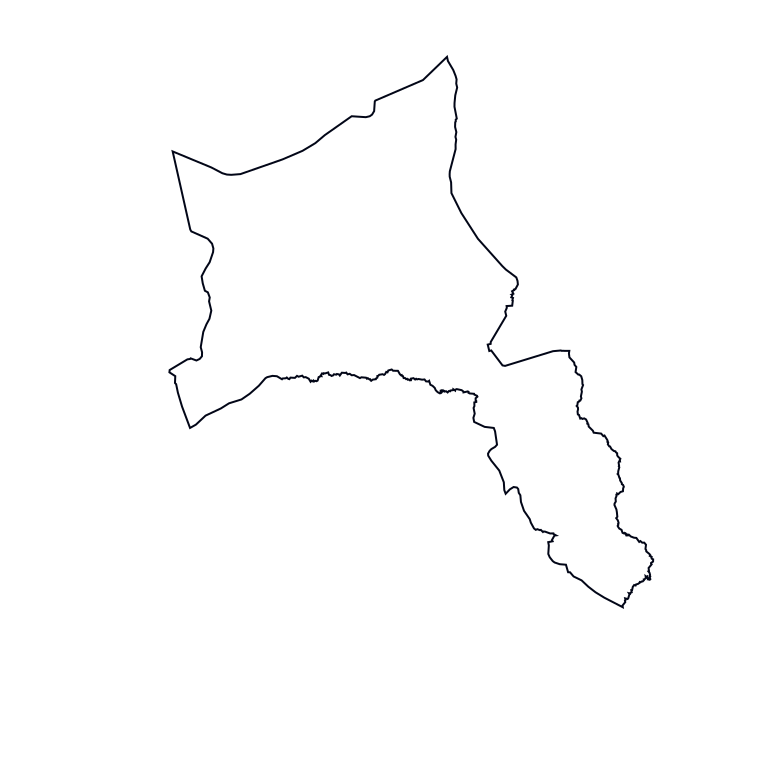 outline of Huai Mek, Kalasin, Thailand, rotated 161°
{"feature_id": "78962969B62836080496995", "entity_name": "Huai Mek", "entity_type": "district", "adm_level": 2, "iso_a3": "THA", "parent_name": "Thailand", "parent_adm1": "Kalasin", "projection": "natural_earth1", "projection_center": [103.224, 16.629], "detail": "fine", "context": "isolated", "style": "outline", "palette": "ink", "viewbox_px": 768, "rotation_deg": 161, "n_neighbors": 0, "source": "geoboundaries", "source_scale": "gbopen_adm2", "svg_char_len": 6163}
<svg xmlns="http://www.w3.org/2000/svg" viewBox="0 0 768 768"><g transform="rotate(161 384 384)"><path d="M217.9,672.8L248.2,658.7L299.9,654.8L300.7,654.2L304.5,645.2L307.6,642.6L310.3,641.8L314.3,642.2L327.4,647.7L358.9,638.6L370.5,634.1L385.1,631.0L406.8,629.4L451.4,629.2L460.3,631.5L464.4,633.2L468.2,635.9L476.7,644.9L508.1,672.7L516.9,593.1L516.5,591.0L503.4,578.8L500.9,572.6L501.2,567.7L502.7,564.3L509.2,555.9L515.0,551.3L521.4,545.2L522.6,538.2L523.0,530.5L520.7,528.0L520.6,522.5L522.5,519.1L523.4,509.6L527.8,502.5L532.5,498.2L537.9,492.1L545.3,478.5L545.7,473.2L547.1,469.5L550.1,467.7L553.7,467.3L558.5,471.2L559.2,470.8L561.9,471.3L582.1,467.0L583.1,464.9L578.8,459.4L581.3,453.0L580.6,451.5L581.7,442.9L582.3,428.5L581.7,405.6L575.1,406.8L563.0,412.2L546.2,414.0L536.8,416.2L523.8,415.8L514.1,418.5L502.9,423.1L494.2,428.1L492.2,428.5L486.8,428.0L482.7,426.2L478.9,421.7L478.0,422.2L475.0,421.4L473.8,421.8L472.8,420.0L471.9,419.4L470.4,420.5L466.2,418.8L463.6,420.0L462.4,418.7L458.6,418.5L457.7,416.4L455.8,416.0L453.4,413.5L452.7,410.1L451.6,410.8L451.0,409.9L449.6,410.3L449.4,409.1L448.0,409.4L446.8,408.6L445.6,408.9L443.5,411.8L442.5,411.7L441.6,412.3L440.6,411.8L440.6,413.0L439.1,414.2L438.0,413.3L437.5,413.8L436.3,413.2L433.0,413.1L433.0,410.6L431.6,409.7L431.0,408.7L429.3,408.7L428.2,409.5L426.1,408.4L425.3,408.8L423.4,407.7L423.0,406.4L420.2,408.4L416.9,407.0L416.0,407.1L415.3,405.0L413.1,404.8L411.7,402.8L409.4,402.2L404.8,397.4L403.2,397.7L398.9,395.8L398.4,394.5L397.4,394.8L396.5,393.4L395.5,393.0L395.6,392.0L395.1,391.2L393.2,391.8L390.2,391.2L390.0,391.7L388.2,392.2L387.7,393.7L386.8,393.6L385.5,394.3L382.1,393.7L381.0,392.6L379.8,393.0L377.9,394.7L376.9,393.9L375.5,395.4L372.0,395.2L371.1,393.6L366.5,391.9L365.8,388.1L365.0,386.6L364.3,386.7L364.1,385.5L363.5,385.2L363.5,383.2L362.2,382.8L361.5,381.4L360.5,381.4L360.1,380.3L359.1,380.3L358.5,379.1L357.3,378.8L356.7,380.3L354.2,379.9L353.1,378.1L351.9,378.5L351.2,377.6L349.7,377.5L346.6,375.7L344.2,375.1L343.4,372.8L341.3,371.9L340.3,372.3L340.4,368.2L338.7,366.5L337.3,363.8L337.1,361.2L335.9,358.8L334.3,357.0L333.5,356.9L332.6,359.3L331.4,359.3L331.0,359.0L331.2,358.0L330.3,358.6L330.1,357.8L329.3,357.8L329.1,357.1L327.7,357.0L326.6,355.3L325.0,356.2L323.8,355.6L323.3,356.2L320.6,355.7L320.2,356.5L318.9,354.7L318.6,355.4L316.9,355.5L312.6,352.9L311.4,351.1L311.6,350.2L307.2,349.7L306.6,349.0L307.0,348.2L306.1,347.2L302.0,345.4L302.0,344.5L299.9,342.6L299.8,341.6L302.0,340.7L302.7,338.6L302.3,338.0L302.6,337.0L304.6,337.2L305.7,333.7L307.1,332.2L307.9,326.4L310.5,322.9L311.1,318.8L302.8,310.7L294.5,306.7L294.4,303.1L296.9,289.8L299.4,288.4L303.7,287.5L305.9,286.4L308.3,284.3L308.8,282.3L307.5,276.6L303.2,264.6L302.7,252.1L304.8,244.5L304.7,240.6L299.3,243.4L295.0,244.4L292.0,242.8L291.3,241.0L292.0,237.2L291.3,234.4L292.9,227.9L292.9,218.5L290.2,208.8L290.3,205.1L289.2,198.6L288.0,196.7L286.3,196.8L284.2,195.1L283.2,195.0L281.9,192.3L281.2,192.6L279.8,192.0L275.6,188.6L272.5,187.6L272.6,187.0L270.7,184.9L272.2,185.2L276.0,181.8L275.8,180.4L280.2,181.0L280.7,177.7L284.0,169.8L283.7,166.2L282.1,161.6L280.8,159.7L276.5,156.4L270.8,153.9L271.2,146.1L269.4,145.4L267.4,140.3L261.1,134.0L256.8,125.8L251.8,118.2L245.3,110.3L230.9,95.2L230.6,96.9L226.9,99.2L226.7,100.8L226.0,101.1L225.8,102.8L223.7,101.4L222.9,101.8L220.3,105.4L220.5,106.3L219.5,105.6L219.1,106.3L217.6,106.4L217.3,108.6L216.5,108.4L214.8,111.2L212.9,112.5L211.7,111.6L211.0,112.4L208.9,112.3L207.4,112.7L206.6,113.5L206.0,113.0L204.8,113.4L203.7,113.1L202.2,113.8L202.0,114.6L201.4,114.4L199.8,115.3L199.7,114.4L199.2,117.1L198.7,116.3L198.0,116.4L198.3,115.5L197.6,114.7L197.9,113.9L196.9,114.1L197.3,112.9L196.5,112.4L195.7,112.8L195.9,114.3L195.0,115.2L195.5,116.0L194.6,116.7L194.4,119.0L195.0,120.7L194.4,120.7L193.7,123.9L189.7,126.3L190.0,127.2L189.7,127.9L187.4,128.5L186.6,130.6L187.7,131.6L187.7,132.7L187.2,133.3L188.6,134.9L187.9,135.4L188.4,136.9L190.5,140.3L190.2,141.6L190.5,142.9L188.6,146.7L189.6,149.3L191.5,149.9L192.7,152.0L194.1,151.6L195.5,156.3L197.7,157.3L200.3,159.5L201.6,161.9L202.5,162.0L203.4,162.9L203.8,162.6L203.5,161.7L204.2,161.9L204.3,164.3L205.0,164.3L205.3,164.9L205.8,164.6L206.9,165.6L206.9,168.8L208.6,170.7L209.3,173.3L209.2,173.9L208.3,174.5L208.3,175.5L207.4,176.2L207.3,179.0L208.1,181.6L206.6,182.5L205.5,187.2L205.1,189.7L205.5,194.6L204.9,195.9L203.1,197.4L202.3,200.5L200.7,202.3L200.3,203.7L199.5,203.6L199.2,204.5L198.3,203.6L195.5,204.9L193.0,204.8L191.8,207.6L190.7,208.7L190.8,210.7L191.7,211.8L191.4,212.9L192.1,215.9L191.6,218.1L192.0,218.6L191.9,221.6L192.4,222.8L191.8,223.0L190.9,225.3L188.6,228.7L188.8,229.8L188.3,230.3L187.8,233.3L186.7,234.4L186.0,234.0L185.6,235.8L184.9,236.3L186.5,239.4L186.7,240.8L186.1,242.6L187.0,244.0L187.1,245.0L188.5,245.9L190.1,248.4L190.6,251.3L191.3,251.7L192.0,254.1L191.1,255.6L191.6,256.5L191.1,256.8L191.1,258.4L192.3,263.5L193.6,263.3L194.8,266.4L201.6,269.7L201.7,271.8L204.3,277.1L203.9,279.4L204.7,280.3L204.1,281.1L204.5,284.7L205.9,286.3L207.8,286.4L208.4,287.4L209.7,287.4L209.7,291.3L210.6,292.1L210.0,294.9L208.7,297.0L208.3,298.7L209.0,300.5L208.1,301.0L206.7,303.7L205.3,303.9L204.6,304.7L203.8,304.4L202.0,306.2L201.9,308.1L199.4,312.3L199.1,314.6L196.1,318.2L196.4,319.3L195.2,323.2L195.0,327.1L196.3,329.3L197.2,329.6L199.0,332.9L196.6,337.5L197.6,340.1L197.2,342.4L200.0,348.8L199.2,352.7L198.0,355.0L205.4,357.6L205.8,358.1L213.5,360.0L263.6,361.7L265.9,363.0L271.7,380.8L273.7,380.9L273.1,387.5L270.1,387.2L269.4,389.0L246.2,408.7L245.8,413.0L243.1,416.0L242.7,417.8L237.3,416.3L235.1,420.8L235.4,421.3L234.0,423.4L235.4,424.5L233.5,426.5L234.0,427.0L232.3,427.2L232.7,430.0L230.3,430.4L230.3,431.0L228.6,431.1L227.8,431.9L225.0,434.5L224.2,438.0L224.2,441.7L231.5,452.5L233.8,457.1L247.9,490.7L255.2,520.4L258.1,542.5L254.9,552.8L254.4,558.6L253.6,561.1L252.5,563.7L239.8,582.8L238.3,587.3L236.2,591.5L236.0,594.4L233.6,598.6L233.1,603.9L231.4,608.4L230.7,608.8L230.1,610.6L228.8,611.2L227.1,623.2L225.8,626.8L222.6,633.8L218.3,640.5L217.9,644.5L216.2,648.4L216.0,652.0L216.3,658.3L218.4,668.6L217.9,672.8Z" fill="none" stroke="#020617" stroke-width="2"/></g></svg>